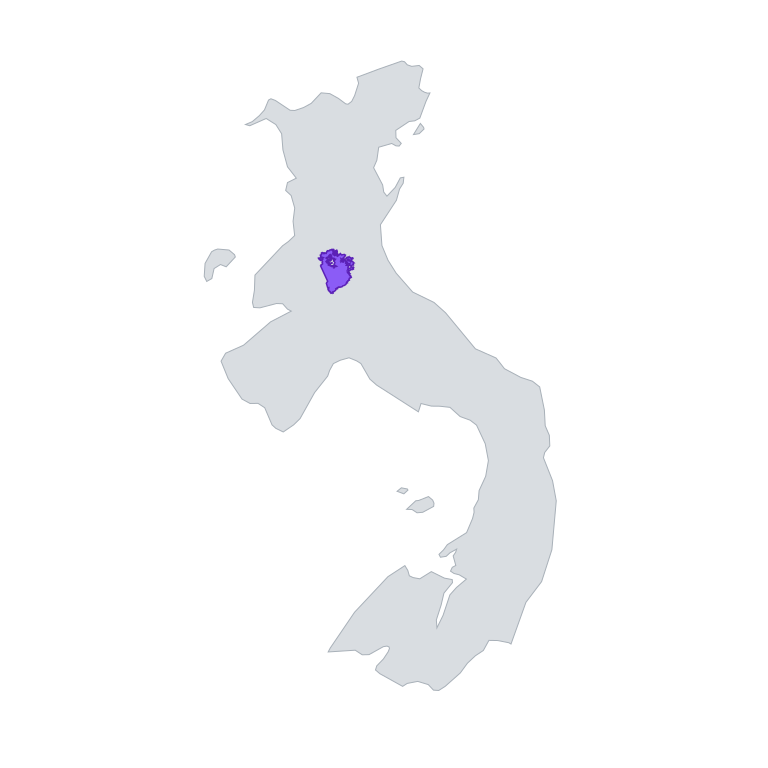 Cañazas, Veraguas, Panama shown in context, rotated 70°
{"feature_id": "35544464B38467816512648", "entity_name": "Cañazas", "entity_type": "district", "adm_level": 2, "iso_a3": "PAN", "parent_name": "Panama", "parent_adm1": "Veraguas", "projection": "natural_earth1", "projection_center": [-81.335, 8.382], "detail": "fine", "context": "in_parent", "style": "filled", "palette": "violet", "viewbox_px": 768, "rotation_deg": 70, "n_neighbors": 0, "source": "geoboundaries", "source_scale": "gbopen_adm2", "svg_char_len": 9106}
<svg xmlns="http://www.w3.org/2000/svg" viewBox="0 0 768 768"><g transform="rotate(70 384 384)"><path d="M671.8,353.6L669.8,355.2L664.0,364.8L660.8,373.1L668.4,381.8L670.6,391.0L674.9,401.1L681.6,411.1L689.0,429.8L690.7,437.4L688.6,442.2L681.6,445.2L675.0,454.0L673.3,464.6L674.5,469.9L654.8,487.0L649.8,489.8L646.4,487.2L642.2,478.6L637.1,471.7L634.4,469.3L632.8,469.2L631.3,470.8L630.6,474.5L633.2,490.6L631.0,497.1L624.3,502.1L616.7,528.1L613.7,524.8L588.4,489.7L566.4,446.2L561.8,426.5L567.4,425.4L572.9,425.8L575.9,422.8L579.3,417.0L576.5,403.7L587.1,393.6L591.1,386.8L594.1,387.6L601.0,399.2L611.2,405.9L623.6,415.5L631.3,417.7L621.6,407.6L604.7,394.2L600.0,385.5L595.5,373.3L589.0,378.6L586.0,383.0L582.6,385.5L579.6,382.5L579.1,378.6L569.2,377.8L566.6,374.2L564.0,372.2L565.2,379.8L567.2,384.5L566.1,390.2L562.9,390.6L560.2,384.7L556.6,379.4L551.9,357.2L540.7,346.8L535.5,343.3L531.3,342.0L525.0,334.9L516.7,331.1L505.5,320.0L491.7,312.1L474.8,309.3L454.3,311.1L447.4,315.5L442.8,321.0L440.6,323.6L428.5,330.0L423.9,339.3L421.0,347.0L415.0,355.9L421.9,361.2L382.5,391.3L374.6,395.6L356.9,398.7L352.8,401.9L347.4,407.9L346.7,416.9L347.5,424.6L352.7,430.5L357.3,434.2L368.3,452.1L387.8,474.7L391.5,482.9L394.6,495.1L388.7,500.8L384.1,503.2L365.5,504.2L359.1,509.0L356.5,516.5L349.6,522.6L325.6,528.6L306.8,529.3L300.9,522.3L299.5,502.7L286.8,469.3L283.8,446.2L280.6,449.1L273.9,451.8L271.6,457.5L270.0,474.5L267.5,480.3L262.3,479.7L251.6,473.7L237.5,468.0L219.4,432.0L217.5,425.3L214.0,417.2L200.0,413.8L188.1,407.7L175.1,406.8L168.5,410.2L161.7,405.8L160.6,396.0L146.9,400.4L129.5,398.9L113.8,394.6L103.2,396.9L94.2,403.9L95.4,421.8L92.8,425.4L92.4,418.0L89.3,409.6L85.6,402.6L77.7,395.4L77.3,392.7L80.4,389.1L94.7,378.6L96.5,374.2L96.7,365.1L95.4,356.4L88.9,343.5L92.6,335.6L100.0,329.2L107.6,324.2L108.8,322.1L107.4,317.7L103.0,313.0L92.7,305.0L86.5,304.5L86.3,281.4L86.6,256.9L88.2,254.5L92.0,253.0L95.0,249.3L96.7,242.0L101.2,239.5L109.4,245.1L117.7,250.0L121.2,248.3L123.8,246.0L125.6,243.6L126.2,241.3L132.8,247.9L146.4,259.4L147.2,265.1L145.9,270.6L149.7,286.2L156.7,288.5L163.8,285.5L165.6,288.4L164.3,291.3L160.6,294.5L159.7,308.0L171.3,314.2L177.2,319.8L196.5,317.2L203.6,318.6L208.5,317.0L203.1,306.2L195.9,298.2L196.5,294.6L201.9,297.3L206.1,302.7L215.6,309.5L233.1,332.9L253.2,338.6L269.1,337.9L283.9,334.7L307.4,325.6L324.5,309.1L338.1,301.8L382.2,286.1L397.9,269.8L404.5,267.6L410.8,265.6L424.6,253.2L432.1,243.6L440.0,238.7L463.3,242.2L478.4,246.8L488.8,246.2L498.9,249.4L503.3,256.4L507.8,259.4L532.5,258.7L552.7,262.1L597.1,282.9L623.6,303.5L637.7,325.3L671.8,353.6ZM227.0,515.5L221.3,516.1L209.5,510.9L200.8,500.8L200.2,497.5L200.3,494.1L205.1,483.8L211.4,480.2L213.8,480.3L219.9,492.2L215.8,496.8L217.4,504.2L226.0,509.7L227.0,515.5ZM511.6,400.5L509.5,405.6L504.6,394.1L505.3,391.2L505.0,380.7L509.7,378.0L513.1,377.8L516.0,379.2L517.8,391.5L516.3,397.0L511.6,400.5ZM160.8,265.3L159.7,271.0L151.6,260.7L156.4,259.0L158.1,259.2L160.8,265.3ZM494.0,402.9L489.3,408.4L487.5,403.2L490.7,397.9L491.9,397.8L494.0,402.9Z" fill="#d9dde1" stroke="#a8b0b8" stroke-width="1"/><path d="M240.4,385.6L240.0,385.8L240.1,386.7L239.7,386.9L239.6,387.3L239.9,387.9L239.5,388.8L240.1,389.5L239.8,390.2L240.0,390.6L239.4,391.6L240.0,392.0L240.0,392.4L240.4,392.5L240.7,393.1L241.2,393.4L240.8,393.6L241.2,394.7L241.0,395.5L240.7,395.4L240.8,395.8L240.5,395.8L240.6,396.1L239.9,396.3L239.9,397.1L239.6,396.9L239.3,397.1L239.4,397.6L239.6,398.1L240.6,398.1L241.0,398.6L241.1,399.5L241.5,399.5L241.4,399.8L243.0,399.9L243.4,399.6L243.2,399.5L243.8,398.6L244.1,398.7L244.3,398.2L244.6,398.6L244.7,398.4L244.8,399.1L245.9,398.9L246.1,399.3L246.1,399.6L244.0,399.4L243.4,400.4L244.3,401.2L243.3,402.0L243.3,402.6L243.9,402.5L244.4,402.1L244.7,402.1L244.7,401.7L244.9,401.6L245.0,401.8L245.3,401.4L245.6,401.7L245.9,401.6L246.2,401.3L246.0,400.9L246.4,400.5L247.1,400.1L248.0,399.9L248.9,400.7L249.4,400.4L250.3,400.8L250.5,402.4L251.0,402.5L251.3,403.2L268.2,401.8L269.6,403.7L274.3,404.0L274.5,402.9L275.2,403.2L275.6,404.0L276.2,404.3L276.6,403.8L277.4,404.1L277.7,403.7L278.2,403.6L278.3,403.3L279.3,402.7L279.8,402.9L279.8,403.1L280.6,402.8L280.6,401.7L280.9,401.6L280.6,401.2L281.0,400.7L280.6,400.6L280.1,400.8L279.8,400.4L280.1,399.7L279.5,397.6L278.8,396.8L278.0,396.8L277.9,396.3L278.3,395.8L278.0,395.5L278.3,395.2L277.6,395.0L277.6,394.2L277.3,393.8L277.4,393.3L277.8,393.4L277.7,392.6L278.1,392.2L278.0,391.5L278.3,390.3L277.7,389.3L277.8,387.8L277.5,386.1L277.3,386.0L276.9,385.1L276.2,384.8L276.3,384.3L275.9,384.5L275.3,383.8L275.6,383.2L275.4,382.9L274.7,382.8L274.6,381.1L273.5,381.2L273.3,380.8L273.3,380.4L273.1,380.3L272.8,380.4L272.6,380.7L272.8,379.2L272.6,378.3L272.0,378.5L271.7,378.3L271.6,378.6L271.2,378.8L270.6,378.5L270.3,379.0L270.1,378.7L269.4,378.8L269.0,379.2L268.7,378.5L268.4,379.1L268.0,379.1L267.6,378.6L267.8,379.0L268.3,379.4L268.0,379.2L267.4,380.0L266.2,380.2L266.2,379.6L267.3,379.4L267.2,378.5L266.4,378.6L266.3,379.0L265.6,378.7L265.7,378.3L265.5,378.1L265.7,377.2L265.2,376.4L265.4,375.6L265.2,375.0L265.7,374.5L265.6,373.4L264.7,373.2L264.6,373.4L264.1,372.6L263.6,372.8L263.6,373.3L263.9,373.6L263.1,374.0L262.8,374.5L263.6,375.9L263.4,377.2L264.3,378.8L264.3,379.2L263.4,378.4L262.3,378.2L262.0,377.7L261.0,377.1L260.7,376.7L260.4,377.7L259.9,377.9L259.5,378.9L259.4,378.8L258.4,377.6L259.1,376.9L259.0,376.4L258.7,376.2L259.1,375.8L259.1,374.8L260.1,375.2L260.3,375.8L260.9,375.8L261.1,375.3L261.7,375.0L261.7,374.2L261.3,372.7L261.7,372.0L261.4,371.9L261.2,372.2L260.9,372.1L260.0,371.4L260.0,370.8L259.7,371.0L259.7,371.3L259.3,371.1L258.0,371.7L257.7,373.4L257.3,373.3L256.2,375.0L255.4,375.0L255.2,375.4L254.6,375.4L254.4,374.9L254.7,374.5L255.3,374.5L256.8,372.3L255.8,371.8L255.6,370.5L255.4,370.6L255.2,370.4L255.0,370.5L254.9,370.3L254.6,370.5L254.7,371.2L254.4,372.1L254.0,372.1L253.9,372.5L253.3,372.7L253.1,373.5L252.6,373.4L252.8,373.9L252.4,374.3L252.6,375.2L252.3,375.4L252.8,376.8L253.4,376.6L253.8,376.2L254.4,375.9L254.4,375.5L254.6,376.1L255.2,376.3L255.3,376.6L256.2,377.1L257.3,376.9L257.6,377.6L257.4,378.7L256.0,377.9L255.9,377.6L255.1,378.4L254.7,378.1L254.0,378.0L253.1,378.5L253.1,379.9L253.4,380.7L253.9,380.2L253.5,379.5L253.6,379.3L254.5,379.8L255.6,380.3L255.4,380.8L254.4,380.4L254.5,381.0L254.3,381.8L254.5,381.9L254.3,382.2L254.4,382.5L253.8,382.2L253.5,382.6L252.9,381.7L251.7,381.6L252.6,381.0L251.9,380.3L252.2,379.7L251.7,378.8L251.4,378.8L251.5,378.4L250.7,377.6L250.4,376.6L249.8,376.2L249.6,376.6L249.1,376.6L248.7,376.9L248.1,379.9L246.5,380.3L246.8,381.2L247.3,381.5L247.5,382.9L247.8,383.1L248.1,384.0L247.7,384.3L247.1,383.7L247.3,383.5L247.0,383.2L246.6,383.4L246.2,382.9L245.5,383.1L245.7,383.6L246.1,383.5L246.6,383.9L246.5,384.2L245.7,384.5L245.8,385.0L246.2,384.9L246.5,385.1L246.5,386.5L245.4,386.9L245.2,387.5L244.0,387.7L243.9,387.2L243.4,386.7L243.6,386.6L243.4,386.0L244.2,385.5L244.6,386.4L245.0,386.3L245.5,385.6L245.4,384.6L245.1,383.9L244.9,384.1L244.7,383.5L245.0,383.1L244.0,383.2L243.8,382.7L243.5,382.6L243.3,383.3L242.9,382.9L242.8,383.2L242.1,382.9L242.2,383.8L242.6,384.0L242.6,384.3L242.8,384.0L243.3,384.1L243.5,384.8L243.4,385.0L242.9,385.0L242.9,385.3L242.3,385.6L242.5,385.8L242.3,386.0L242.7,386.8L241.7,386.5L241.2,386.7L241.2,386.0L240.7,385.7L240.9,385.2L240.5,385.2L240.4,385.6ZM249.1,396.6L248.7,395.8L249.2,395.7L248.9,394.9L248.6,394.8L249.1,394.3L249.1,394.1L248.5,394.2L249.1,393.7L249.2,394.1L249.5,394.1L249.6,394.4L249.7,394.2L249.7,393.3L250.1,392.5L250.0,392.1L249.6,392.1L249.6,391.3L248.9,391.0L248.4,391.6L248.6,391.7L248.6,392.2L248.0,393.9L247.6,393.9L246.9,394.6L247.0,393.9L246.6,394.0L246.5,394.6L245.7,395.0L245.5,394.4L245.7,393.7L245.4,393.3L245.5,392.5L245.8,392.4L245.8,392.6L246.2,392.9L246.6,392.2L246.2,391.9L245.8,392.2L245.6,391.9L245.2,391.9L245.2,391.3L245.0,391.2L244.8,391.6L244.9,392.1L244.7,392.1L244.3,391.4L244.4,391.0L243.9,390.6L243.9,390.1L244.7,389.5L245.2,389.5L245.5,389.9L246.0,389.6L247.2,389.8L247.0,390.2L245.6,390.1L245.5,390.6L246.5,390.8L246.6,391.1L246.1,391.6L246.8,392.0L247.4,391.9L247.4,391.7L247.6,391.4L247.7,391.6L248.0,391.4L248.4,391.4L248.6,390.7L248.6,389.8L248.8,389.5L248.5,389.2L248.3,389.1L248.4,388.8L248.9,389.4L249.2,389.2L249.0,388.8L249.3,388.4L249.5,388.8L249.9,388.8L249.6,388.2L249.3,388.5L249.1,388.2L249.4,387.9L249.3,387.6L250.0,387.4L250.2,387.0L251.0,388.2L250.5,388.5L251.0,389.3L251.0,389.9L251.5,388.8L253.2,388.6L253.8,389.2L254.2,389.9L255.0,389.9L255.7,389.4L256.0,389.8L256.4,389.5L256.8,388.5L257.2,388.2L257.2,388.9L256.8,389.2L257.0,390.1L256.6,390.4L257.4,390.5L257.8,391.0L257.7,391.3L257.3,390.9L256.7,390.8L256.2,392.1L255.4,391.2L255.2,391.3L255.2,392.2L254.9,392.7L254.9,393.2L255.2,393.4L254.6,394.1L254.4,394.0L254.1,394.2L253.5,393.8L253.3,394.6L253.6,395.2L253.3,395.5L253.1,395.2L252.8,395.3L252.8,394.8L252.2,393.4L252.7,393.0L252.5,392.5L252.7,392.4L252.7,391.5L252.5,391.3L252.2,391.5L252.2,392.2L252.4,392.3L251.9,393.5L251.4,393.8L251.7,395.4L250.8,395.5L250.3,394.5L249.8,394.5L249.8,395.3L250.4,396.2L249.1,396.6Z" fill="#8b5cf6" stroke="#5b21b6" stroke-width="1.5"/></g></svg>